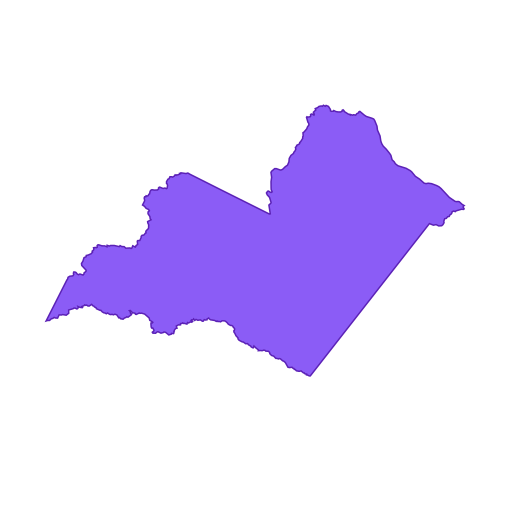 outline of Nova Mamoré, Rondônia, Brazil, rotated 128°
{"feature_id": "56859067B93107940497000", "entity_name": "Nova Mamoré", "entity_type": "district", "adm_level": 2, "iso_a3": "BRA", "parent_name": "Brazil", "parent_adm1": "Rondônia", "projection": "equal_earth", "projection_center": [-64.544, -10.405], "detail": "fine", "context": "isolated", "style": "filled", "palette": "violet", "viewbox_px": 512, "rotation_deg": 128, "n_neighbors": 0, "source": "geoboundaries", "source_scale": "gbopen_adm2", "svg_char_len": 6095}
<svg xmlns="http://www.w3.org/2000/svg" viewBox="0 0 512 512"><g transform="rotate(128 256 256)"><path d="M436.4,381.4L435.2,380.6L433.9,379.0L431.3,378.6L430.4,377.7L428.7,377.3L428.4,376.0L427.1,374.1L423.6,374.9L422.3,373.0L421.2,372.3L419.5,369.1L416.4,368.3L413.9,370.4L410.0,367.6L409.2,367.4L408.5,366.6L408.0,364.5L407.1,364.1L405.9,364.4L405.4,365.2L404.9,363.2L403.7,361.1L403.1,361.1L402.9,362.1L401.1,361.0L400.0,360.9L399.7,359.8L398.9,359.2L398.9,357.7L398.1,356.6L395.3,355.7L395.7,353.9L395.3,352.9L395.6,351.9L395.2,350.3L395.8,349.3L394.8,345.3L394.3,344.9L394.7,342.7L394.4,340.7L393.9,340.0L393.7,338.4L392.3,337.9L392.1,335.4L391.5,334.2L390.6,333.6L390.2,332.2L388.7,331.3L388.1,329.4L389.2,326.1L388.6,325.8L388.8,324.0L387.6,321.8L385.8,321.5L384.7,320.7L383.4,320.4L383.1,319.2L379.2,318.1L378.2,318.3L378.5,319.4L377.2,321.0L377.0,322.1L376.3,321.5L376.7,318.4L375.6,316.1L376.1,315.1L375.8,314.4L372.8,312.9L372.6,312.1L371.5,311.0L370.3,308.0L370.6,302.1L372.1,300.1L371.7,297.6L371.8,296.5L372.6,296.5L373.4,297.5L374.2,297.0L376.5,294.9L377.0,293.7L376.3,293.0L377.3,290.7L378.1,290.4L379.9,290.8L380.3,289.8L378.7,287.6L376.6,287.1L376.0,286.6L375.3,283.4L373.4,281.9L372.7,281.8L372.0,280.8L371.8,279.8L371.9,276.1L369.7,274.6L369.0,274.9L367.9,273.2L367.0,273.4L366.2,274.2L365.5,274.1L365.0,274.6L364.0,274.7L362.4,274.6L361.6,273.8L360.2,275.7L357.8,274.6L357.3,273.6L356.7,273.1L355.7,273.9L354.7,272.8L353.8,272.6L353.8,271.6L353.2,271.0L352.2,268.5L350.6,269.0L350.3,267.9L348.4,267.1L347.7,265.9L346.7,265.6L346.7,267.5L346.0,267.5L345.0,266.3L344.0,266.4L344.5,264.6L342.9,264.2L342.5,262.3L340.6,260.5L340.4,258.1L339.7,257.4L338.0,257.6L337.6,256.4L336.4,255.3L335.7,255.8L334.0,255.1L334.3,254.3L334.3,252.6L332.2,248.8L332.0,247.0L331.2,246.7L331.1,245.5L330.4,245.0L329.7,243.4L327.9,242.8L326.5,240.9L326.2,239.7L326.3,237.7L326.8,235.8L326.4,233.3L325.7,232.4L325.6,230.9L326.2,229.9L326.2,228.9L326.6,227.9L328.1,227.2L328.7,227.4L329.7,226.2L329.8,225.4L331.2,222.6L331.6,219.8L332.4,219.2L332.8,217.5L332.2,214.0L331.6,213.0L331.5,210.1L330.2,208.7L330.6,207.3L330.2,204.6L330.6,204.1L330.4,202.2L330.0,201.6L328.2,202.2L328.5,199.7L328.5,196.2L329.2,195.9L327.5,194.0L326.9,192.9L325.4,191.9L324.8,190.8L325.0,189.9L323.4,187.4L323.6,186.0L324.5,184.9L324.8,182.5L324.0,180.4L324.5,177.4L324.0,176.8L323.2,174.8L322.6,174.7L322.0,173.5L322.2,170.5L321.8,169.4L321.9,167.3L324.0,162.3L323.3,160.9L321.5,159.1L321.7,157.6L321.3,156.8L321.8,156.0L321.3,155.2L321.6,153.5L320.3,151.0L318.8,149.7L318.9,146.6L318.4,146.0L318.7,145.0L318.4,144.1L317.9,143.4L318.6,143.0L318.1,142.1L317.7,140.2L317.1,139.4L123.7,139.3L122.5,135.2L120.4,133.4L119.8,130.5L117.8,128.3L116.2,128.0L114.0,128.3L113.0,129.4L110.4,130.3L109.2,129.2L107.1,129.2L105.9,128.1L104.1,128.5L102.8,128.0L101.6,128.1L100.3,128.7L98.8,127.8L98.4,126.3L97.2,126.1L92.6,122.8L91.5,121.1L90.7,121.0L90.0,122.8L89.0,123.3L88.1,123.0L88.4,125.5L88.1,129.1L88.6,130.3L89.7,131.4L90.4,132.8L90.8,139.8L88.9,151.7L88.8,154.5L89.3,157.1L90.9,162.2L92.6,165.1L94.3,166.6L95.1,168.4L94.7,174.5L95.1,179.5L93.8,185.3L93.8,187.3L94.5,191.8L97.5,199.7L97.5,203.0L96.7,205.0L96.4,208.0L93.6,211.7L92.9,213.8L91.6,219.3L91.1,223.4L90.1,226.0L88.6,228.4L85.0,232.2L82.0,237.8L79.2,240.6L76.1,246.0L75.6,247.6L76.1,249.6L78.1,254.9L78.3,257.2L78.1,263.2L79.0,263.7L79.9,263.3L81.7,264.2L83.6,264.2L84.7,266.2L85.6,266.6L86.2,268.4L86.9,268.5L86.6,269.3L87.3,270.3L87.8,275.5L87.3,276.1L87.2,277.4L88.2,277.8L89.0,277.3L90.5,278.1L92.0,280.1L93.0,282.0L93.5,284.3L94.3,284.2L95.6,285.7L95.8,286.6L94.7,287.6L93.5,291.0L94.2,293.5L95.4,293.6L95.7,295.7L97.2,295.9L97.6,297.0L99.4,298.5L101.1,298.8L103.4,300.1L104.1,298.8L107.4,299.3L108.4,297.4L109.3,297.1L109.6,299.3L110.2,299.9L111.1,300.0L112.0,299.1L112.8,299.0L114.7,300.7L114.9,301.6L115.6,301.6L118.6,297.5L118.9,296.3L120.1,295.0L122.7,294.9L124.5,294.3L128.8,294.5L129.9,294.9L132.4,292.7L133.3,292.6L134.6,291.6L138.8,291.2L139.6,291.5L140.4,290.9L141.2,290.9L143.8,292.1L144.5,291.6L146.2,291.8L147.3,290.4L149.7,289.9L150.9,290.1L152.1,289.6L155.2,290.4L158.6,289.9L161.6,288.0L165.1,287.1L167.5,287.9L171.3,288.4L172.5,289.0L173.2,289.6L174.6,293.7L175.7,295.1L179.6,295.9L180.9,295.7L184.4,292.1L188.2,289.9L193.3,285.8L194.4,284.8L195.5,282.8L196.5,283.1L196.9,283.8L197.1,286.1L197.8,286.7L199.9,286.6L200.9,284.8L201.5,281.4L204.5,277.1L205.3,276.8L207.9,277.2L214.0,270.7L214.6,271.2L214.9,272.3L225.3,323.6L232.4,359.2L232.4,360.1L232.7,360.9L234.1,361.9L236.7,366.4L237.4,366.1L238.0,367.1L238.6,366.6L240.4,367.7L240.9,368.5L241.6,368.6L241.8,369.7L243.4,369.6L245.2,370.3L245.4,371.1L246.5,372.6L248.7,372.1L249.7,372.7L252.5,372.3L254.0,371.1L253.9,370.3L255.0,369.0L257.4,367.8L258.1,368.1L258.5,369.6L260.0,370.8L261.0,374.3L261.7,374.7L262.5,374.7L263.0,374.0L264.6,374.3L266.6,376.6L267.8,378.8L268.7,379.3L270.2,379.3L272.6,378.1L273.5,378.5L274.7,378.1L275.8,378.7L276.2,379.7L277.1,379.3L277.9,380.2L279.2,379.8L280.5,378.2L281.2,377.7L285.7,376.8L285.5,374.5L286.1,371.9L285.5,369.4L286.0,367.9L287.7,368.2L289.2,367.1L290.2,364.0L291.7,362.4L292.1,361.0L295.6,362.6L296.5,361.7L297.5,359.8L299.8,358.1L300.6,357.7L303.8,358.1L304.7,357.8L305.5,356.9L306.3,357.3L308.1,357.2L309.1,357.7L309.7,358.5L311.2,358.6L312.1,357.9L315.3,357.1L316.7,358.7L317.4,358.7L319.8,356.4L321.7,357.0L322.4,356.6L323.3,356.6L323.8,359.4L326.3,358.7L327.0,359.1L327.2,360.2L330.0,363.4L329.8,365.7L331.2,367.6L331.5,369.5L332.8,369.5L335.0,374.2L337.3,377.1L338.5,377.7L339.2,379.9L340.5,379.1L341.2,381.5L342.8,383.6L344.0,386.8L344.6,387.5L345.6,387.6L346.9,386.5L347.7,386.9L348.2,387.9L349.5,389.1L350.3,388.1L351.3,387.7L353.1,388.1L353.5,387.2L355.7,387.3L358.5,388.8L360.1,390.1L361.1,389.4L363.2,390.5L366.7,389.2L369.4,388.9L370.8,387.4L371.8,381.1L372.9,380.5L375.1,381.1L376.1,380.5L377.5,380.6L378.6,383.7L380.0,384.3L380.3,385.7L379.8,387.6L380.1,388.9L380.9,389.8L382.1,389.2L382.9,388.2L384.4,388.1L386.6,390.3L388.5,391.0L390.3,390.2L391.2,390.3L436.4,381.4Z" fill="#8b5cf6" stroke="#5b21b6" stroke-width="1.5"/></g></svg>